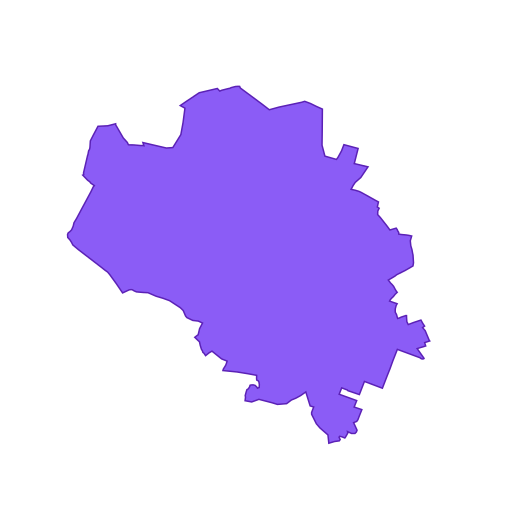 the district of Aba South, Abia, Nigeria, rotated 105°
{"feature_id": "59680162B9128777704300", "entity_name": "Aba South", "entity_type": "district", "adm_level": 2, "iso_a3": "NGA", "parent_name": "Nigeria", "parent_adm1": "Abia", "projection": "robinson", "projection_center": [7.357, 5.077], "detail": "fine", "context": "isolated", "style": "filled", "palette": "violet", "viewbox_px": 512, "rotation_deg": 105, "n_neighbors": 0, "source": "geoboundaries", "source_scale": "gbopen_adm2", "svg_char_len": 3546}
<svg xmlns="http://www.w3.org/2000/svg" viewBox="0 0 512 512"><g transform="rotate(105 256 256)"><path d="M125.7,185.2L125.7,199.9L132.3,200.6L139.7,202.4L141.9,203.3L141.7,215.3L131.9,220.9L118.1,224.4L96.9,229.9L95.9,236.3L94.6,242.8L94.0,249.0L95.7,251.7L98.3,256.8L106.2,272.3L111.3,281.0L107.9,289.1L97.8,314.6L96.4,315.7L96.9,317.7L97.6,319.7L99.8,323.6L100.8,324.7L101.3,325.8L104.7,331.9L106.1,333.7L104.2,336.7L113.0,353.1L124.2,362.9L130.3,368.1L131.6,362.9L146.0,361.0L158.2,360.0L172.8,364.4L174.9,370.5L175.7,394.6L178.5,392.8L178.7,394.4L179.1,395.7L180.4,403.0L181.5,407.4L181.5,408.1L179.6,409.7L176.3,414.8L167.5,423.6L165.8,425.4L164.6,425.8L168.6,432.9L171.6,442.2L181.6,444.5L187.7,445.8L194.1,444.5L195.9,444.4L197.8,444.9L201.3,444.6L202.6,444.7L220.5,444.1L221.8,443.5L222.2,443.7L222.7,444.3L226.4,438.2L227.3,435.8L228.3,434.6L229.1,432.5L229.8,430.4L231.4,431.1L236.7,432.1L257.5,437.0L266.1,439.0L270.9,440.4L274.6,440.3L278.5,440.9L280.5,442.0L282.3,443.4L284.0,443.6L286.9,442.6L288.6,439.9L290.4,437.9L292.8,435.7L295.9,429.0L307.0,402.3L308.8,398.2L309.9,395.2L311.8,392.5L319.1,383.5L326.2,375.3L321.5,369.7L320.8,368.0L320.6,366.8L321.2,364.8L321.6,362.2L320.4,355.4L319.4,350.8L320.7,342.1L320.9,335.0L321.5,328.0L325.5,315.8L327.5,312.2L332.2,308.5L333.4,306.8L334.6,300.4L333.8,294.9L334.6,290.3L340.8,291.7L343.1,291.6L347.1,291.5L347.6,292.0L350.4,294.1L352.4,290.5L353.5,288.4L356.8,286.7L360.2,284.6L361.6,283.1L362.8,282.4L363.4,281.1L365.3,278.9L361.6,276.2L359.3,273.9L364.3,262.6L365.0,256.7L367.6,256.8L369.4,257.0L372.0,257.8L373.7,258.3L375.2,258.3L372.9,244.2L371.8,233.3L371.1,224.5L374.7,223.6L375.7,223.1L375.9,221.7L376.9,220.6L379.3,219.5L382.2,218.9L383.3,220.4L382.5,221.1L381.2,223.4L381.2,225.3L381.8,227.3L382.4,228.3L383.9,228.3L386.2,229.0L387.5,230.2L389.8,230.3L393.6,230.3L395.1,229.6L398.6,229.1L398.1,222.4L393.7,216.1L393.6,202.6L393.8,196.9L390.7,188.2L385.9,184.5L383.1,180.8L379.3,176.8L374.4,172.7L386.8,164.9L386.9,161.2L392.7,161.8L394.5,161.3L402.4,154.3L405.5,149.8L410.2,140.2L418.0,137.2L414.9,132.2L413.0,127.7L411.5,127.2L409.5,128.9L408.5,128.5L408.4,126.3L408.8,123.1L407.8,122.7L403.3,121.5L401.9,122.2L402.7,117.8L401.8,114.5L400.0,113.5L398.1,113.3L391.7,118.6L389.7,115.9L387.8,115.2L383.8,114.8L377.0,114.0L376.5,122.1L369.6,121.3L368.0,139.9L361.2,139.1L361.8,133.0L362.3,132.4L363.1,120.3L349.1,118.8L351.0,99.7L337.0,98.2L330.3,97.4L322.0,96.7L309.6,95.3L310.7,83.4L311.8,71.5L312.5,69.7L312.3,68.1L311.7,67.3L311.4,67.2L311.3,67.4L311.1,67.5L303.7,76.4L299.0,68.8L296.0,70.7L293.1,66.2L292.3,67.1L290.1,68.8L287.0,71.2L284.4,73.2L282.0,76.6L280.1,75.0L279.4,75.8L278.0,77.4L275.2,80.1L279.4,86.5L282.8,91.2L280.4,93.3L276.6,94.6L274.6,95.2L274.8,96.0L275.0,96.2L277.4,99.9L278.7,101.4L279.7,103.0L279.1,103.4L276.2,105.1L274.3,106.9L272.3,107.5L270.8,107.8L267.4,107.8L265.6,107.3L265.0,115.3L263.5,115.0L261.7,114.1L259.6,112.8L257.0,111.7L254.5,110.2L254.0,111.0L252.2,112.9L249.7,115.2L248.3,117.2L247.3,119.0L245.0,122.0L242.4,119.4L239.4,116.5L237.7,115.3L231.5,108.3L225.0,101.8L221.8,102.1L214.4,104.6L213.1,105.3L209.5,107.0L206.1,109.1L201.4,110.9L196.4,110.8L196.5,113.6L196.8,116.3L197.6,121.0L197.9,123.8L196.2,124.3L195.2,125.5L194.1,126.3L192.8,127.8L196.2,133.4L193.3,137.0L186.7,145.8L184.5,149.2L181.0,150.0L178.0,149.4L177.3,151.5L172.1,151.7L171.2,155.5L167.4,170.6L166.9,173.2L166.8,177.1L167.0,181.4L162.7,180.4L159.2,179.2L153.1,175.1L140.9,170.9L141.3,185.0L125.7,185.2Z" fill="#8b5cf6" stroke="#5b21b6" stroke-width="1.5"/></g></svg>